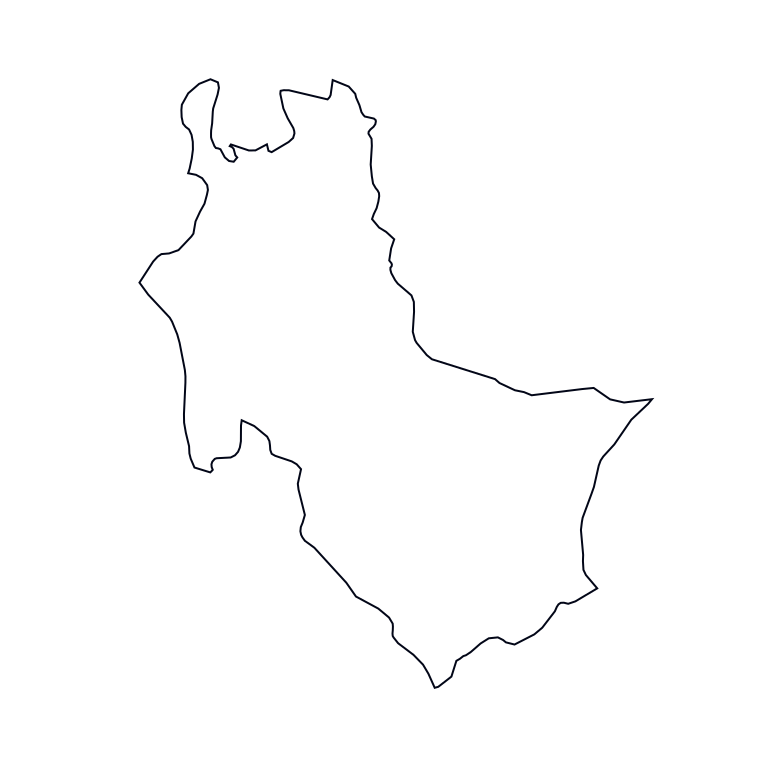 the border of Buskerud, rotated 194°
{"feature_id": "NOR-918", "entity_name": "Buskerud", "entity_type": "County", "adm_level": 1, "iso_a3": "NOR", "parent_name": "Norway", "parent_adm1": "", "projection": "albers", "projection_center": [9.402, 60.275], "detail": "fine", "context": "isolated", "style": "outline", "palette": "ink", "viewbox_px": 768, "rotation_deg": 194, "n_neighbors": 0, "source": "natural_earth", "source_scale": "10m", "svg_char_len": 3082}
<svg xmlns="http://www.w3.org/2000/svg" viewBox="0 0 768 768"><g transform="rotate(194 384 384)"><path d="M625.0,541.1L624.7,546.0L625.1,556.3L626.1,565.2L628.1,572.7L631.0,579.2L634.7,583.8L638.6,585.5L642.0,588.0L644.9,594.0L646.9,600.9L647.7,606.1L644.3,618.7L636.0,630.5L626.1,637.7L618.1,636.5L615.8,631.4L615.5,624.6L616.4,610.0L616.0,606.8L613.8,595.3L613.1,588.4L612.5,585.5L611.5,581.6L610.6,579.9L606.6,574.5L606.0,573.7L604.2,572.3L603.1,572.4L602.9,572.4L602.0,572.5L599.5,572.2L593.3,565.4L588.3,562.9L583.6,563.3L581.2,568.3L583.5,569.9L586.8,575.8L588.8,577.1L591.2,577.5L590.5,579.4L571.5,577.9L565.2,579.6L555.6,588.2L552.5,582.3L549.1,581.8L535.1,595.7L531.7,600.7L531.5,605.4L532.3,607.7L533.9,610.4L541.7,618.5L548.3,627.0L554.8,640.4L555.2,642.9L555.2,643.1L555.2,643.5L552.4,644.8L547.2,646.0L507.6,646.5L506.2,649.1L505.7,651.5L507.3,666.5L490.2,664.1L482.1,658.6L480.3,655.1L475.3,648.6L471.6,642.3L469.3,640.2L467.4,638.9L458.0,639.1L455.9,638.0L455.4,636.7L455.3,633.9L456.4,631.0L458.8,627.6L459.9,625.0L459.6,623.1L455.4,618.9L453.4,612.1L450.0,593.7L446.0,582.5L443.1,575.8L439.5,572.1L437.0,570.2L435.1,568.1L434.1,565.1L433.6,559.6L433.7,552.8L435.0,546.5L435.5,541.1L426.6,534.6L418.7,532.1L409.1,526.9L409.9,517.3L408.8,505.1L405.9,502.9L405.2,501.7L405.1,500.0L405.9,498.5L405.4,496.3L403.7,493.3L398.3,487.4L394.9,484.7L378.8,476.6L374.9,470.9L372.3,461.3L368.7,441.6L364.5,434.1L362.3,431.8L349.5,422.4L343.5,419.6L277.4,415.6L272.2,412.9L255.4,409.6L246.2,410.0L238.0,408.8L190.6,427.0L179.6,430.9L160.9,423.8L146.6,424.1L120.3,434.1L122.9,428.7L135.4,409.2L145.9,381.1L153.7,366.7L155.3,362.2L155.9,356.8L155.4,334.9L156.1,327.6L158.9,302.2L158.6,297.9L157.6,290.0L149.4,266.3L148.1,260.2L145.5,251.9L141.9,247.5L127.7,237.3L145.7,219.4L152.1,215.3L156.6,215.3L159.6,214.4L161.4,212.4L162.4,209.5L163.2,204.8L171.5,185.8L177.6,177.4L194.3,162.8L203.2,162.8L206.5,164.4L212.2,165.7L220.8,162.6L227.5,155.6L234.9,145.0L238.9,140.6L241.2,139.2L243.9,135.7L246.8,132.9L247.8,116.4L258.1,103.3L261.3,101.5L270.8,113.6L278.2,121.1L289.8,128.3L307.6,135.9L313.3,140.3L314.5,141.5L314.8,142.2L315.4,144.0L315.9,147.2L316.7,150.9L317.6,153.6L322.6,158.6L335.2,164.7L359.8,171.0L372.4,182.0L412.0,208.3L422.8,212.7L426.0,215.4L427.9,217.6L429.5,220.9L430.1,225.0L429.4,229.9L429.1,237.8L441.4,260.9L443.5,266.4L443.9,281.3L449.3,285.0L454.8,286.6L472.2,288.0L476.1,289.1L478.4,292.5L479.8,296.9L481.4,300.9L484.6,304.6L499.7,311.8L513.3,314.4L512.7,309.1L509.0,293.8L508.5,287.5L509.2,282.9L511.3,278.8L515.0,275.6L528.4,271.5L530.1,270.4L531.8,267.1L532.0,264.4L531.1,261.7L529.4,259.3L530.3,257.6L531.2,256.2L547.7,257.1L553.5,264.8L556.0,269.5L558.1,276.5L564.5,288.8L568.6,298.1L570.8,306.3L577.0,337.2L578.5,343.4L580.6,349.4L592.3,374.5L596.6,382.1L604.7,393.2L607.9,396.5L634.4,413.7L645.8,423.2L637.6,447.0L634.5,452.7L631.4,456.2L624.1,458.7L615.8,464.2L606.6,480.5L605.3,483.8L606.2,496.2L604.2,506.7L601.8,515.5L601.6,524.7L601.8,529.7L603.7,534.2L610.2,539.7L617.0,541.5L625.0,541.1Z" fill="none" stroke="#020617" stroke-width="2"/></g></svg>